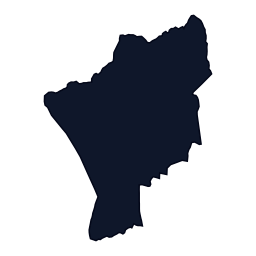 the district of Serrinha, Bahia, Brazil
{"feature_id": "56859067B34469198786883", "entity_name": "Serrinha", "entity_type": "district", "adm_level": 2, "iso_a3": "BRA", "parent_name": "Brazil", "parent_adm1": "Bahia", "projection": "equal_earth", "projection_center": [-38.992, -11.677], "detail": "fine", "context": "isolated", "style": "filled", "palette": "ink", "viewbox_px": 256, "rotation_deg": 0, "n_neighbors": 0, "source": "geoboundaries", "source_scale": "gbopen_adm2", "svg_char_len": 2524}
<svg xmlns="http://www.w3.org/2000/svg" viewBox="0 0 256 256"><path d="M44.6,95.8L44.5,98.5L44.4,101.5L45.1,105.1L47.7,107.3L51.6,115.3L63.0,129.3L66.3,133.2L75.5,148.3L80.3,156.7L87.9,173.7L94.9,189.1L98.1,196.8L97.4,198.7L96.4,201.2L95.3,204.3L94.8,207.0L93.8,210.4L92.9,213.1L92.5,215.6L92.0,217.7L91.1,219.9L90.5,223.3L89.7,227.2L89.2,229.9L89.3,232.6L89.7,235.4L90.5,238.7L93.8,239.8L96.0,240.6L98.5,239.2L100.4,239.5L101.9,238.3L104.2,237.2L106.9,236.0L109.1,237.1L111.7,236.8L113.9,235.3L115.6,234.5L117.1,233.7L118.8,232.5L120.9,232.8L122.9,233.9L124.5,232.7L125.5,229.8L128.0,228.0L130.3,227.2L131.8,227.8L133.8,223.7L136.0,225.0L137.8,225.5L140.3,225.5L142.4,225.9L141.8,222.8L141.4,220.6L140.8,218.4L139.9,214.2L139.4,211.4L139.3,208.9L139.3,206.0L139.3,203.8L139.2,201.4L139.2,198.2L139.2,193.1L139.1,189.5L139.2,184.9L142.0,184.6L144.3,185.2L146.1,185.7L148.1,186.3L149.8,186.1L150.7,184.2L150.0,181.4L151.3,178.7L153.2,176.7L156.4,177.5L159.4,178.4L159.5,175.3L159.7,173.0L166.8,174.5L167.1,168.1L168.7,166.5L170.6,164.6L182.2,160.3L187.3,161.2L187.8,155.9L187.6,153.5L188.1,151.5L188.9,149.3L190.1,147.4L190.7,145.5L191.6,142.5L194.6,142.0L196.9,143.1L199.3,144.4L201.1,144.1L197.1,115.0L197.0,111.6L198.1,109.1L199.0,106.5L198.6,102.8L198.2,99.9L197.3,97.4L195.9,95.5L194.1,95.2L192.5,94.4L193.1,92.2L201.7,83.9L211.6,73.9L210.4,70.8L208.8,68.9L209.1,65.4L208.6,62.1L206.8,59.8L206.3,57.1L206.8,54.7L207.0,51.2L206.8,47.0L207.2,43.7L205.5,41.6L206.0,38.6L206.0,35.6L205.1,32.6L205.0,29.6L203.6,27.0L202.3,23.5L200.8,20.7L198.9,19.1L196.6,17.7L193.7,15.4L191.4,15.8L189.9,18.1L188.7,20.1L187.6,23.1L186.1,24.6L185.0,26.2L183.9,28.6L182.8,26.7L181.1,27.4L178.5,29.0L175.5,27.2L173.4,28.6L171.3,28.6L169.4,30.2L168.8,32.3L167.1,32.9L165.8,31.5L164.1,32.4L162.6,33.7L162.2,35.8L159.3,36.2L157.7,37.8L156.3,39.0L154.7,39.7L152.3,40.9L149.9,42.8L147.4,42.6L145.6,40.1L143.3,37.9L141.6,36.4L139.2,36.5L136.8,36.8L135.1,35.7L133.3,34.9L130.8,34.9L128.5,34.6L126.7,35.3L124.9,36.0L123.0,35.1L120.3,35.4L119.6,38.3L119.6,41.0L115.2,49.9L114.0,52.4L113.8,54.7L113.7,58.3L113.2,61.4L111.3,62.6L109.1,63.3L107.4,65.1L105.2,66.9L102.9,68.3L101.8,70.2L101.0,72.1L98.2,74.6L96.1,73.5L94.2,74.4L93.1,76.4L91.7,78.8L91.7,81.9L90.1,82.3L88.2,82.4L86.5,82.8L83.6,82.8L81.3,83.6L79.0,83.8L77.7,82.6L76.2,81.4L73.8,82.2L71.1,82.1L68.8,83.2L67.5,84.6L67.3,86.8L66.0,88.2L63.8,88.9L61.9,90.1L59.6,91.2L57.6,92.5L55.4,93.1L53.6,92.4L51.6,92.1L48.7,92.4L46.4,94.3L44.6,95.8Z" fill="#0f172a" stroke="#020617" stroke-width="1.5"/></svg>